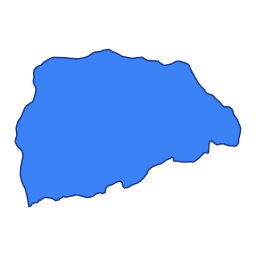 the district of Colômbia, São Paulo, Brazil
{"feature_id": "56859067B65485481893344", "entity_name": "Colômbia", "entity_type": "district", "adm_level": 2, "iso_a3": "BRA", "parent_name": "Brazil", "parent_adm1": "São Paulo", "projection": "orthographic", "projection_center": [-48.706, -20.274], "detail": "fine", "context": "isolated", "style": "filled", "palette": "blue", "viewbox_px": 256, "rotation_deg": 0, "n_neighbors": 0, "source": "geoboundaries", "source_scale": "gbopen_adm2", "svg_char_len": 2533}
<svg xmlns="http://www.w3.org/2000/svg" viewBox="0 0 256 256"><path d="M29.0,206.6L30.9,205.9L32.2,203.7L35.3,202.6L37.4,202.6L38.7,200.8L40.9,200.0L42.6,198.4L45.4,197.4L48.6,197.8L51.5,198.2L53.4,199.1L55.5,200.6L58.2,200.1L60.1,198.5L62.0,197.7L63.4,196.4L65.3,197.2L67.5,196.9L70.1,196.1L72.0,195.9L73.8,195.3L75.8,194.9L77.8,195.0L80.8,195.9L84.1,196.7L85.8,197.2L87.6,197.5L90.9,197.0L93.4,195.9L95.8,193.9L98.4,193.1L100.5,192.6L102.7,193.6L105.1,192.5L105.5,189.8L106.4,187.3L107.8,186.0L110.6,185.1L112.7,184.3L114.7,183.0L117.6,181.6L120.6,181.3L122.3,182.7L122.9,186.3L124.2,187.9L126.5,187.7L129.3,186.7L132.2,185.0L134.8,183.8L136.8,183.3L140.0,181.3L142.7,178.7L144.9,176.3L146.9,173.7L148.0,171.0L149.4,168.8L151.1,167.7L152.7,166.5L155.1,165.8L157.4,164.5L160.1,164.0L162.4,162.8L164.5,161.3L165.8,160.2L167.6,159.5L169.8,158.5L171.8,157.2L173.6,158.2L173.5,160.8L175.4,161.1L177.4,161.1L179.6,161.6L182.3,162.0L184.8,161.9L187.9,161.9L190.2,161.7L192.4,162.0L194.7,161.4L196.8,159.8L198.7,158.3L200.1,156.8L203.9,153.0L205.7,152.7L208.4,152.9L208.7,150.6L208.8,147.5L209.0,143.6L210.4,140.8L212.5,141.3L215.0,143.7L217.1,144.8L220.2,144.0L223.3,143.8L227.9,145.4L229.9,145.8L232.0,145.7L234.0,146.0L235.8,146.1L238.4,143.1L238.7,138.7L240.3,132.2L240.6,129.0L240.3,127.1L238.6,123.0L237.8,120.6L236.1,117.7L233.6,114.4L232.8,110.8L231.5,108.6L229.2,107.1L227.3,106.6L224.5,107.0L222.7,106.0L220.5,103.0L218.2,100.9L216.5,99.5L213.1,95.9L211.6,94.9L209.9,94.3L207.0,93.4L205.0,91.3L203.8,89.1L200.4,85.9L198.5,83.2L197.2,81.1L194.4,76.5L193.3,74.4L190.9,69.8L189.0,65.2L186.8,63.5L183.2,62.3L180.6,61.5L178.6,61.1L176.1,61.4L171.4,64.0L167.3,64.9L165.0,65.4L163.2,65.0L161.5,63.9L159.3,62.3L158.1,61.1L155.8,61.0L148.5,60.6L146.4,60.0L143.6,58.0L141.8,57.3L137.9,57.6L132.1,58.4L124.5,56.9L122.3,56.5L120.0,55.1L117.1,53.6L115.4,52.8L112.9,51.8L111.2,50.9L108.6,49.4L105.6,49.9L103.7,50.2L100.5,51.5L94.8,52.2L93.1,52.8L88.6,56.0L85.1,57.5L78.6,58.8L72.0,58.5L64.7,57.7L54.4,57.4L52.3,57.7L50.2,58.4L48.4,59.6L44.4,61.8L41.5,64.7L37.8,66.5L36.3,67.4L34.8,69.1L33.9,71.7L33.7,73.7L34.1,77.1L33.6,79.1L33.3,81.1L33.7,83.4L35.9,87.4L36.0,90.4L35.4,93.5L34.0,98.5L32.6,101.9L29.8,103.4L26.6,105.9L24.9,107.9L21.4,116.4L18.3,121.2L17.4,123.4L16.5,126.4L16.1,128.9L16.7,132.3L16.8,135.3L16.4,137.0L15.5,139.3L15.4,142.0L16.8,145.2L18.4,147.3L20.8,149.6L22.0,151.3L22.9,153.9L23.0,156.1L20.6,168.2L20.4,174.9L21.3,179.8L22.6,183.4L25.1,188.5L26.8,194.3L29.0,206.6Z" fill="#3b82f6" stroke="#1e3a8a" stroke-width="1.5"/></svg>